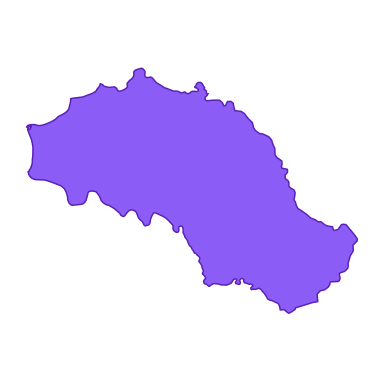 Río Branco, Cerro Largo, Uruguay (Albers equal-area conic projection), rotated 177°
{"feature_id": "84410073B34971931236421", "entity_name": "Río Branco", "entity_type": "district", "adm_level": 2, "iso_a3": "URY", "parent_name": "Uruguay", "parent_adm1": "Cerro Largo", "projection": "albers", "projection_center": [-53.429, -32.613], "detail": "fine", "context": "isolated", "style": "filled", "palette": "violet", "viewbox_px": 384, "rotation_deg": 177, "n_neighbors": 0, "source": "geoboundaries", "source_scale": "gbopen_adm2", "svg_char_len": 5998}
<svg xmlns="http://www.w3.org/2000/svg" viewBox="0 0 384 384"><g transform="rotate(177 192 192)"><path d="M171.0,289.1L171.5,289.0L172.0,289.4L172.3,290.2L172.5,292.3L172.8,292.7L174.0,293.5L174.5,294.1L174.0,294.9L174.0,295.8L174.7,296.6L176.1,299.5L176.9,300.5L177.9,301.0L178.9,301.1L180.0,300.9L180.8,300.6L182.1,299.4L182.3,298.4L182.9,297.5L183.3,297.4L183.6,297.0L183.8,296.6L183.6,296.1L181.9,295.6L180.6,294.3L180.4,293.8L180.4,293.3L180.5,292.7L181.0,292.3L181.9,292.1L185.9,292.6L187.6,292.1L189.0,291.0L189.9,290.5L191.1,290.5L192.4,290.8L193.6,292.1L193.8,292.3L197.8,291.4L199.8,292.8L201.4,293.5L205.3,293.8L211.3,296.5L214.0,297.6L219.8,301.7L221.4,302.7L222.8,304.2L224.6,306.7L225.7,308.0L226.7,308.7L227.6,309.0L229.4,308.6L231.7,308.8L232.7,309.6L233.1,311.5L232.7,313.0L232.6,314.7L233.3,316.0L234.3,317.3L235.5,318.1L236.8,318.1L240.7,317.2L242.6,316.4L243.7,315.3L243.9,313.8L244.0,311.5L244.8,309.8L245.9,308.5L248.8,306.4L251.0,304.0L251.2,302.9L251.0,300.6L251.3,299.7L254.2,297.9L257.3,296.7L259.1,296.4L260.5,297.0L261.3,297.9L261.8,299.4L263.0,300.5L263.9,301.0L268.3,300.8L270.6,301.0L272.2,301.6L273.7,302.0L274.6,302.5L275.1,303.3L276.0,304.1L277.9,304.9L278.6,303.2L279.9,301.0L280.4,300.9L281.0,299.8L281.4,299.8L282.3,298.0L283.5,297.4L283.5,297.0L286.6,295.6L296.2,292.6L306.8,291.8L308.2,291.5L308.4,289.7L308.8,287.5L310.3,282.7L311.4,280.3L313.2,278.6L315.9,276.9L321.8,274.2L324.8,271.6L327.4,270.2L330.8,268.7L335.7,267.1L338.4,266.5L341.1,266.3L343.0,266.6L344.7,267.3L346.2,267.6L348.0,267.7L350.7,267.5L351.6,267.3L352.6,267.0L353.3,266.2L353.7,265.5L352.3,264.8L352.0,264.9L351.6,265.4L350.8,265.6L350.9,265.9L350.4,265.9L349.6,266.3L349.4,266.3L349.1,266.0L349.2,265.3L349.3,265.1L349.6,265.0L349.7,264.6L349.7,264.3L350.2,263.8L350.2,263.4L350.4,263.2L351.1,262.9L351.5,263.1L351.7,263.5L352.0,263.7L352.7,263.8L352.9,263.3L352.8,262.5L351.2,257.7L349.6,252.8L348.9,248.9L348.5,245.0L348.9,238.6L349.1,237.7L349.0,236.2L349.6,233.8L350.1,228.6L350.5,228.0L350.5,227.6L350.6,227.1L351.3,225.9L351.4,225.5L351.2,225.2L353.2,222.5L353.5,221.5L354.6,220.9L354.2,218.6L353.5,216.7L352.6,215.5L351.3,214.2L349.5,213.2L347.8,212.6L338.6,211.7L333.9,210.1L322.4,205.0L319.5,202.2L317.7,198.8L316.6,194.1L316.5,190.7L315.4,187.5L313.8,185.6L312.2,185.0L303.2,185.5L301.1,186.1L299.6,187.2L298.3,189.1L296.6,193.9L295.8,196.8L295.2,197.5L294.4,197.9L293.4,198.2L291.8,198.2L289.0,197.7L287.7,197.0L286.9,196.1L284.7,192.7L283.1,188.2L281.4,186.1L278.4,183.8L275.7,183.1L270.6,179.6L265.2,174.5L264.6,173.0L264.1,172.4L262.6,171.4L262.0,171.2L261.3,171.3L260.6,171.6L259.8,172.4L258.8,173.8L256.7,176.0L255.5,176.8L254.5,177.2L253.3,177.3L252.3,177.1L250.2,176.2L249.1,175.2L248.4,173.9L247.0,169.6L246.2,168.1L245.2,166.9L243.7,165.6L243.0,164.6L241.6,161.6L241.1,160.9L240.2,160.7L237.4,161.3L236.8,161.7L235.9,162.6L235.5,163.7L234.8,167.0L233.7,169.5L232.1,172.3L231.3,172.9L230.8,173.1L230.2,173.2L229.2,172.9L222.4,169.3L219.5,167.4L217.0,164.8L213.1,160.2L212.8,159.4L212.7,158.7L212.9,156.5L212.7,155.4L212.2,154.3L210.8,153.2L209.8,152.6L208.4,152.6L207.9,152.8L207.4,153.4L207.1,155.2L207.1,157.0L207.0,157.6L206.6,158.0L206.2,158.3L205.1,158.6L204.4,158.6L203.9,158.3L203.3,157.5L202.9,156.3L202.8,155.5L202.8,154.4L202.9,153.0L203.1,152.2L202.8,151.2L202.5,150.8L202.3,149.9L201.7,149.1L201.4,147.2L200.5,146.2L199.2,143.8L198.1,140.4L197.2,138.5L196.0,137.3L195.3,136.1L195.1,135.3L193.6,132.9L192.9,131.1L192.6,130.8L191.9,130.7L190.6,129.6L190.1,128.6L189.1,127.8L187.9,126.5L187.7,125.5L187.8,124.6L188.0,123.9L188.8,122.9L188.8,122.5L188.2,121.3L187.7,120.8L186.1,118.1L186.0,116.4L185.3,114.2L185.0,113.7L184.7,112.8L184.9,112.0L185.5,111.1L185.8,110.3L185.6,109.5L183.6,107.1L183.0,105.9L183.0,105.1L183.8,104.1L184.5,103.4L185.0,102.6L185.1,102.0L184.9,100.7L184.1,99.7L182.1,98.9L180.1,97.0L179.6,96.9L178.1,98.0L175.8,99.2L174.6,99.4L172.7,99.0L171.3,99.0L167.8,97.7L165.1,97.5L162.8,97.2L161.0,97.6L157.8,98.8L156.4,100.5L156.1,101.2L155.5,101.7L155.4,102.2L155.1,102.6L154.2,102.7L153.9,102.9L153.4,103.0L152.2,102.6L151.9,102.1L151.9,101.6L152.5,100.6L153.2,100.0L153.4,99.4L153.3,98.8L152.9,98.2L150.2,97.3L149.4,97.4L148.7,97.9L148.5,98.5L148.4,99.1L148.5,99.6L148.9,100.2L149.1,100.9L148.3,102.2L147.8,102.7L147.1,103.0L145.7,102.6L145.2,102.2L144.7,101.4L145.1,100.5L145.1,99.8L144.3,98.6L143.7,98.4L142.5,98.1L139.9,96.9L139.2,96.9L138.7,97.1L138.1,97.0L136.6,96.3L136.1,95.8L136.1,95.5L136.3,95.1L137.2,94.2L137.8,93.7L138.3,93.0L138.2,92.1L137.7,91.4L136.5,91.7L133.9,91.5L132.1,91.8L130.8,92.4L129.1,91.8L128.3,91.3L127.2,89.5L124.8,86.6L123.9,84.9L122.8,83.1L122.5,82.2L121.9,81.1L119.6,79.8L117.8,79.4L114.3,77.4L112.1,76.4L111.5,75.6L110.8,73.9L110.4,72.4L110.0,69.6L106.1,69.7L102.9,66.6L101.6,65.9L98.8,67.1L95.1,69.4L94.7,70.9L76.9,75.4L72.3,75.9L72.1,77.0L72.5,83.2L69.7,86.1L68.7,86.7L64.6,87.4L61.2,89.7L59.2,92.3L59.1,94.0L58.1,95.0L50.8,95.0L49.6,95.7L48.6,98.1L49.2,101.9L49.0,102.9L48.1,103.6L43.8,104.7L40.5,107.6L39.9,109.6L39.9,112.3L37.3,120.0L34.7,123.7L34.0,125.0L34.0,130.5L29.7,134.4L29.4,136.5L31.6,140.2L40.0,151.5L40.9,151.5L42.7,151.9L44.5,151.5L47.9,147.3L48.7,146.8L49.8,146.5L50.8,146.3L52.0,146.3L52.9,147.0L53.5,149.9L57.9,150.8L60.9,152.1L64.4,155.2L65.5,155.7L67.5,155.6L70.3,157.8L75.0,159.9L78.4,163.4L82.1,166.4L87.1,170.0L88.6,173.2L89.2,176.4L90.6,178.8L89.5,183.0L89.1,186.2L90.0,188.7L93.6,191.0L94.9,192.7L94.8,196.8L95.8,198.6L98.1,200.4L98.2,204.0L96.4,205.6L95.5,207.1L95.5,208.7L95.7,209.7L99.6,210.7L101.2,211.3L101.3,213.1L100.6,214.9L100.7,218.3L105.6,222.1L107.1,224.8L107.1,231.4L108.5,234.7L109.8,239.7L112.5,243.2L117.7,246.0L121.8,247.0L125.6,250.2L127.1,252.9L128.1,258.2L131.9,262.2L135.6,267.6L138.6,269.9L144.9,271.0L145.6,273.9L146.2,278.4L148.3,280.4L151.8,280.5L153.2,278.2L153.9,276.6L155.7,276.4L156.9,279.5L159.7,282.3L166.5,282.6L172.0,282.3L173.5,282.8L174.2,284.5L173.6,286.3L171.8,287.6L171.0,289.1Z" fill="#8b5cf6" stroke="#5b21b6" stroke-width="1.5"/></g></svg>